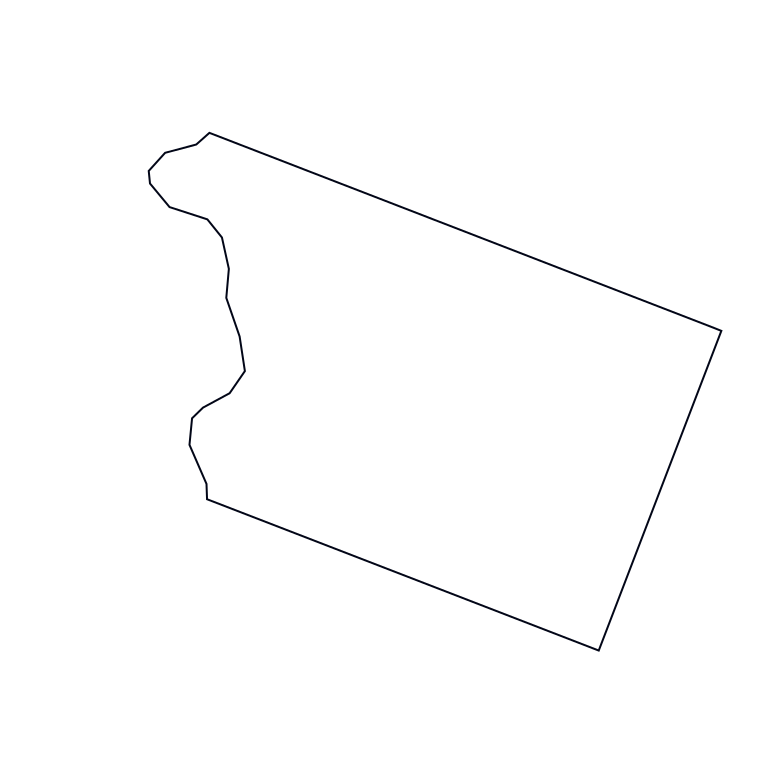 Walworth, South Dakota, United States of America, rotated 21°
{"feature_id": "52423323B58103435188047", "entity_name": "Walworth", "entity_type": "district", "adm_level": 2, "iso_a3": "USA", "parent_name": "United States of America", "parent_adm1": "South Dakota", "projection": "equal_earth", "projection_center": [-100.243, 45.42], "detail": "fine", "context": "isolated", "style": "outline", "palette": "ink", "viewbox_px": 768, "rotation_deg": 21, "n_neighbors": 0, "source": "geoboundaries", "source_scale": "gbopen_adm2", "svg_char_len": 426}
<svg xmlns="http://www.w3.org/2000/svg" viewBox="0 0 768 768"><g transform="rotate(21 384 384)"><path d="M672.5,213.4L131.0,212.1L122.9,227.7L96.8,246.6L88.0,269.4L93.7,280.7L120.4,295.7L160.1,293.6L180.2,305.3L197.9,332.1L205.9,360.1L232.2,391.4L249.5,421.8L243.2,447.9L223.5,470.9L217.1,484.8L224.2,510.5L254.1,540.9L260.1,555.0L680.0,555.9L679.9,213.5L672.5,213.4Z" fill="none" stroke="#020617" stroke-width="2"/></g></svg>